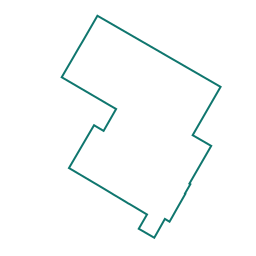 outline of Mayor Luis J. Fontana, Chaco, Argentina, rotated 210°
{"feature_id": "61730980B614313343840", "entity_name": "Mayor Luis J. Fontana", "entity_type": "district", "adm_level": 2, "iso_a3": "ARG", "parent_name": "Argentina", "parent_adm1": "Chaco", "projection": "equal_earth", "projection_center": [-60.743, -27.701], "detail": "fine", "context": "isolated", "style": "outline", "palette": "teal", "viewbox_px": 256, "rotation_deg": 210, "n_neighbors": 0, "source": "geoboundaries", "source_scale": "gbopen_adm2", "svg_char_len": 826}
<svg xmlns="http://www.w3.org/2000/svg" viewBox="0 0 256 256"><g transform="rotate(210 128 128)"><path d="M210.8,138.8L190.3,138.7L154.2,138.5L147.8,138.5L147.7,113.3L148.4,113.3L158.8,113.4L158.9,101.1L159.1,63.8L148.7,63.7L129.0,63.5L127.9,63.5L127.2,63.5L109.1,63.2L107.0,63.1L105.0,63.1L92.4,62.9L90.3,62.8L88.2,62.9L69.5,62.6L68.3,62.6L68.3,47.9L68.3,46.1L50.4,46.1L50.4,48.1L50.4,50.9L50.6,67.1L50.6,67.7L45.2,67.6L45.2,72.6L45.3,80.8L45.4,99.6L45.5,99.6L45.9,99.7L45.9,99.8L45.9,110.5L47.0,110.5L47.0,113.3L47.0,151.6L47.0,154.1L49.5,154.1L59.6,154.1L68.4,154.1L68.4,182.6L68.4,184.7L68.4,191.5L68.4,200.7L68.4,209.5L68.4,209.9L106.8,209.9L122.9,209.9L125.8,209.9L210.6,209.9L210.6,180.5L210.7,173.2L210.7,164.4L210.7,163.7L210.7,161.1L210.8,139.1L210.8,138.8Z" fill="none" stroke="#0f766e" stroke-width="2"/></g></svg>